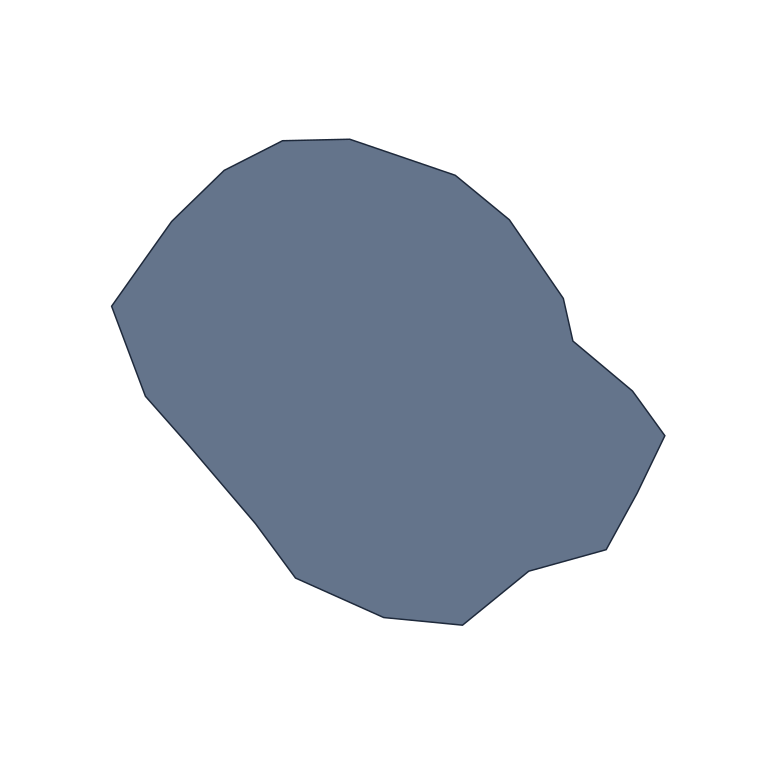 the district of Ganja City, Gəncə, Azerbaijan, rotated 288°
{"feature_id": "54616110B84154267491992", "entity_name": "Ganja City", "entity_type": "district", "adm_level": 2, "iso_a3": "AZE", "parent_name": "Azerbaijan", "parent_adm1": "Gəncə", "projection": "albers", "projection_center": [46.358, 40.691], "detail": "fine", "context": "isolated", "style": "filled", "palette": "slate", "viewbox_px": 768, "rotation_deg": 288, "n_neighbors": 0, "source": "geoboundaries", "source_scale": "gbopen_adm2", "svg_char_len": 495}
<svg xmlns="http://www.w3.org/2000/svg" viewBox="0 0 768 768"><g transform="rotate(288 384 384)"><path d="M602.4,392.7L604.5,387.3L606.2,275.8L584.0,212.3L537.8,166.0L482.3,136.7L472.9,131.8L429.1,118.1L373.8,100.9L366.6,106.6L298.6,160.9L266.2,215.8L211.4,305.0L172.1,359.8L161.8,455.9L178.9,533.2L250.7,579.5L295.1,646.5L358.4,658.5L379.1,661.3L421.6,667.1L447.5,631.6L454.1,622.5L483.2,550.4L520.8,528.1L578.9,452.5L602.4,392.7Z" fill="#64748b" stroke="#1e293b" stroke-width="1.5"/></g></svg>